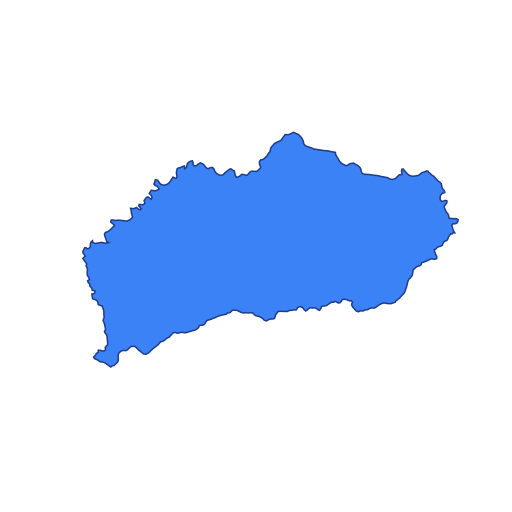 the district of Mukurweni, Central, Kenya, rotated 322°
{"feature_id": "3690345B52369638144759", "entity_name": "Mukurweni", "entity_type": "district", "adm_level": 2, "iso_a3": "KEN", "parent_name": "Kenya", "parent_adm1": "Central", "projection": "albers", "projection_center": [37.081, -0.579], "detail": "fine", "context": "isolated", "style": "filled", "palette": "blue", "viewbox_px": 512, "rotation_deg": 322, "n_neighbors": 0, "source": "geoboundaries", "source_scale": "gbopen_adm2", "svg_char_len": 6118}
<svg xmlns="http://www.w3.org/2000/svg" viewBox="0 0 512 512"><g transform="rotate(322 256 256)"><path d="M426.9,360.1L427.1,357.9L427.8,355.7L429.3,352.3L430.7,351.7L432.4,353.0L434.1,353.7L436.2,353.2L437.7,351.7L436.9,349.9L434.9,348.4L431.3,345.1L432.7,342.8L433.2,340.6L433.0,339.2L433.3,337.3L434.3,333.5L435.3,332.5L437.4,332.1L439.4,331.4L440.4,330.0L439.3,328.7L437.7,328.2L436.1,327.5L435.7,325.8L436.2,324.3L437.3,323.1L438.9,321.7L441.1,321.3L443.8,322.2L444.6,320.6L444.5,318.9L444.6,317.1L446.5,312.9L446.3,311.0L445.7,309.4L445.2,302.6L444.4,300.9L444.1,298.5L443.6,296.4L443.7,294.9L442.7,293.9L441.1,293.6L437.7,292.4L435.4,292.6L433.1,292.3L428.9,289.9L427.5,288.5L426.5,286.9L425.9,284.9L425.6,280.3L425.7,278.3L424.5,277.4L422.9,278.6L422.2,280.5L421.1,281.7L419.8,280.7L418.4,280.2L416.5,280.5L414.2,280.7L412.0,280.4L410.4,279.5L409.4,278.4L408.6,277.1L408.2,275.8L407.1,274.3L403.2,269.9L401.7,267.9L397.9,264.2L395.0,261.1L391.4,258.0L390.5,256.1L391.1,253.9L392.2,251.9L392.4,250.4L391.9,247.5L391.4,246.1L389.8,242.6L387.9,241.6L385.7,240.8L383.8,241.0L382.5,240.1L380.8,236.8L380.3,234.7L380.2,233.0L380.9,227.0L381.3,224.8L382.4,223.2L379.7,220.3L377.5,217.5L374.3,214.6L367.5,207.3L366.0,204.6L363.3,200.6L362.8,199.1L362.7,197.2L364.2,193.9L364.7,191.1L364.6,188.5L364.0,185.9L361.6,181.6L357.4,180.8L355.9,180.1L353.6,178.2L351.7,178.9L349.1,179.5L347.1,180.3L345.1,179.9L343.4,179.4L339.9,178.7L334.4,179.9L332.5,181.3L331.2,182.5L329.1,182.7L326.6,183.8L322.9,184.2L320.9,184.3L319.0,183.1L317.0,183.6L315.5,185.3L314.9,187.0L314.5,188.8L313.2,189.6L308.7,189.8L306.8,188.3L305.6,187.1L304.2,186.2L302.7,186.1L301.1,186.5L299.0,186.9L297.5,185.9L296.3,184.1L295.1,182.9L292.0,183.0L289.3,182.3L289.1,180.3L291.3,175.6L290.5,174.1L289.8,171.6L287.2,171.3L282.9,171.3L279.8,171.7L278.3,171.0L276.6,169.2L275.8,166.6L275.6,164.9L275.9,163.2L276.5,161.4L276.3,159.6L275.2,158.7L273.6,158.0L272.1,157.8L271.2,156.4L271.1,151.8L270.5,150.2L269.5,148.3L266.8,148.0L264.6,148.1L262.7,147.0L262.7,145.2L263.8,143.9L264.5,141.8L262.8,141.0L260.9,140.7L258.7,141.0L255.6,143.4L253.4,143.2L255.0,141.0L253.4,140.3L251.3,139.9L249.1,138.9L247.6,138.7L244.7,141.1L242.4,145.1L240.6,145.6L239.2,142.7L233.3,144.7L231.7,144.9L229.5,144.6L226.8,143.5L225.9,142.0L225.1,140.8L225.0,138.9L225.2,135.7L223.6,133.9L221.7,135.5L219.9,136.3L219.9,138.4L221.1,140.2L221.1,142.0L220.8,143.6L219.4,143.5L217.7,143.0L216.1,142.2L214.1,139.7L210.4,140.9L210.8,143.8L210.2,145.8L208.3,146.7L207.2,142.8L205.3,142.4L201.8,143.5L201.0,146.0L198.6,146.1L196.9,144.6L195.8,143.4L194.4,144.3L194.8,148.1L193.1,148.3L192.2,146.5L191.6,144.1L189.5,143.7L188.2,142.8L186.5,141.2L185.7,143.2L184.2,145.5L182.8,149.3L181.4,149.6L179.4,149.8L177.2,149.5L175.5,148.8L170.9,144.1L169.7,143.1L167.1,141.5L165.6,139.7L164.2,138.5L162.4,139.7L163.2,143.3L163.3,144.8L157.6,145.6L155.3,145.7L153.6,145.4L151.8,144.7L150.0,145.5L149.2,147.1L147.2,153.0L148.1,154.7L144.8,152.9L143.3,150.8L142.0,149.8L139.2,148.4L136.9,147.0L135.7,145.0L136.6,143.3L134.7,143.4L133.3,144.2L130.9,146.9L129.0,147.1L127.6,146.6L127.2,144.9L126.1,144.0L122.1,146.0L121.5,147.3L121.6,149.0L121.2,151.0L118.0,151.3L117.8,156.0L117.8,158.0L116.1,159.1L115.1,162.6L113.4,164.4L111.2,167.3L110.9,170.2L110.3,172.1L108.1,171.8L107.4,173.8L107.8,175.7L106.6,177.3L106.8,180.3L105.8,182.1L107.6,184.2L105.9,186.0L104.5,185.7L103.2,184.9L102.0,186.9L101.0,189.1L102.2,191.0L103.3,193.4L102.8,195.2L101.7,197.2L104.0,200.8L102.5,205.0L101.3,207.0L100.2,208.2L98.7,210.8L97.0,211.8L95.7,212.9L95.0,215.8L92.4,221.1L90.1,222.2L89.7,223.7L89.8,225.4L89.3,227.3L85.7,232.9L84.5,234.6L82.6,234.7L80.8,235.3L79.7,237.3L77.9,237.3L76.4,236.1L75.1,234.2L73.7,233.1L72.3,234.8L70.1,234.5L68.0,235.5L65.8,235.6L65.5,237.5L66.7,239.3L68.0,243.4L70.0,245.3L71.1,247.1L73.2,254.1L75.2,254.1L76.8,254.9L81.6,254.4L83.2,253.4L84.3,252.2L85.5,250.4L86.7,248.9L88.3,248.1L90.2,247.9L91.7,248.0L93.5,248.9L95.2,250.5L97.1,250.8L100.9,250.3L102.6,250.8L104.4,252.1L105.3,254.4L105.4,256.3L105.7,258.3L106.2,260.0L107.1,264.0L109.1,265.8L111.5,266.1L113.2,266.1L114.9,265.8L119.0,265.6L124.3,265.7L126.0,265.2L128.1,265.0L130.0,265.8L131.5,266.1L135.6,265.9L137.8,266.6L139.6,266.1L143.4,265.6L145.2,266.3L146.1,268.0L147.5,269.1L149.1,269.6L150.4,270.3L152.5,272.6L153.8,273.4L159.1,275.4L162.4,276.9L164.5,277.1L166.8,277.0L168.2,275.9L169.7,276.5L171.6,277.8L173.6,278.0L177.3,276.6L179.3,277.2L181.6,278.2L183.2,278.5L184.8,279.1L189.0,280.1L193.4,281.8L196.6,283.6L198.2,283.3L199.8,284.3L201.5,284.6L203.4,284.2L205.0,284.6L205.9,285.7L207.3,286.8L209.7,291.4L210.9,293.0L213.3,294.7L215.0,296.2L216.5,297.2L218.4,298.8L218.5,301.1L219.0,302.8L221.4,305.9L222.3,307.8L222.8,309.8L223.0,311.7L224.3,313.6L227.8,314.1L230.7,316.1L232.2,316.6L235.4,314.3L237.1,314.0L239.0,313.3L240.9,314.4L246.5,319.0L248.8,319.5L250.4,320.6L252.5,321.7L254.6,323.3L256.8,322.4L259.0,322.6L260.4,324.0L261.1,325.6L260.9,328.0L261.3,329.9L262.7,330.2L264.7,329.9L267.1,330.2L268.5,331.8L269.8,332.6L270.9,333.6L271.8,336.5L272.5,337.9L274.4,337.5L275.9,336.4L277.5,336.5L280.8,338.4L287.2,338.9L288.5,340.2L290.4,340.5L291.2,341.8L291.8,343.6L293.3,344.5L295.2,344.3L296.6,343.5L298.6,344.1L300.5,346.0L301.3,347.7L302.2,349.0L303.6,350.0L303.5,351.9L301.7,352.8L301.0,354.2L300.8,356.8L301.2,361.1L302.3,363.0L304.2,363.3L306.7,365.3L308.7,365.5L310.3,366.7L311.7,367.2L313.3,367.3L315.4,368.3L316.9,369.7L318.8,370.2L322.9,370.3L326.4,371.0L327.8,371.8L329.2,373.0L330.0,374.2L333.0,376.7L337.2,378.1L338.7,377.5L342.3,377.6L344.6,377.3L346.4,376.9L348.2,376.8L350.6,376.2L355.7,373.0L359.5,369.9L362.2,368.3L363.9,368.4L367.5,367.3L371.3,363.7L375.3,363.4L377.2,363.6L378.8,364.5L380.6,364.5L382.5,363.3L385.5,364.5L387.5,364.9L388.8,365.4L390.4,365.6L392.5,366.1L394.6,368.5L396.8,369.3L398.1,367.8L398.5,365.6L399.6,362.3L400.3,360.7L401.9,361.2L404.0,360.8L405.5,361.1L407.2,361.9L409.4,362.3L410.7,361.4L412.3,360.6L414.1,360.6L415.8,361.3L417.9,360.6L419.2,359.5L421.0,359.1L423.0,358.3L424.1,359.4L425.7,359.1L426.9,360.1Z" fill="#3b82f6" stroke="#1e3a8a" stroke-width="1.5"/></g></svg>